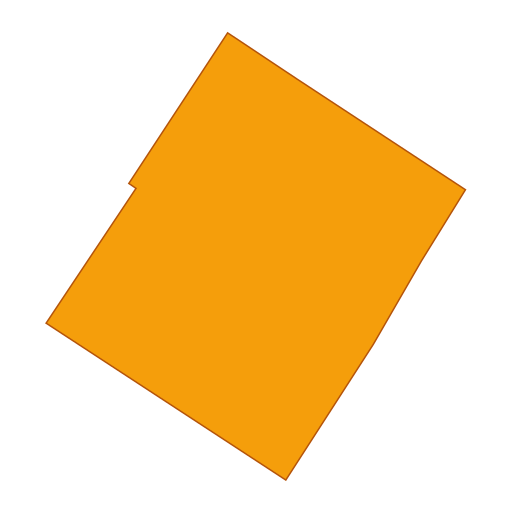 outline of Wright, Missouri, United States of America, rotated 32°
{"feature_id": "52423323B43564787012059", "entity_name": "Wright", "entity_type": "district", "adm_level": 2, "iso_a3": "USA", "parent_name": "United States of America", "parent_adm1": "Missouri", "projection": "albers", "projection_center": [-92.499, 37.271], "detail": "fine", "context": "isolated", "style": "filled", "palette": "amber", "viewbox_px": 512, "rotation_deg": 32, "n_neighbors": 0, "source": "geoboundaries", "source_scale": "gbopen_adm2", "svg_char_len": 287}
<svg xmlns="http://www.w3.org/2000/svg" viewBox="0 0 512 512"><g transform="rotate(32 256 256)"><path d="M113.6,424.2L400.0,430.2L402.3,268.9L398.9,172.3L398.5,88.8L197.4,84.2L113.7,81.8L109.7,261.9L118.4,262.2L113.6,424.2Z" fill="#f59e0b" stroke="#b45309" stroke-width="1.5"/></g></svg>